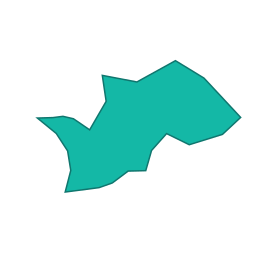 the border of Saint Peter, rotated 227°
{"feature_id": "ATG-5094", "entity_name": "Saint Peter", "entity_type": "Parish", "adm_level": 1, "iso_a3": "ATG", "parent_name": "Antigua and Barbuda", "parent_adm1": "", "projection": "orthographic", "projection_center": [-61.741, 17.101], "detail": "fine", "context": "isolated", "style": "filled", "palette": "teal", "viewbox_px": 256, "rotation_deg": 227, "n_neighbors": 0, "source": "natural_earth", "source_scale": "10m", "svg_char_len": 437}
<svg xmlns="http://www.w3.org/2000/svg" viewBox="0 0 256 256"><g transform="rotate(227 128 128)"><path d="M96.4,98.7L98.5,79.1L104.1,66.2L124.0,38.4L136.0,57.2L152.4,68.2L172.9,71.8L197.1,68.5L186.8,80.2L180.9,88.4L172.0,94.4L152.8,98.7L162.4,130.2L184.0,145.1L155.6,165.9L144.9,208.6L112.7,217.6L58.9,217.6L58.9,192.8L74.0,161.4L97.6,152.4L95.5,129.9L84.7,111.9L96.4,98.7Z" fill="#14b8a6" stroke="#0f766e" stroke-width="1.5"/></g></svg>